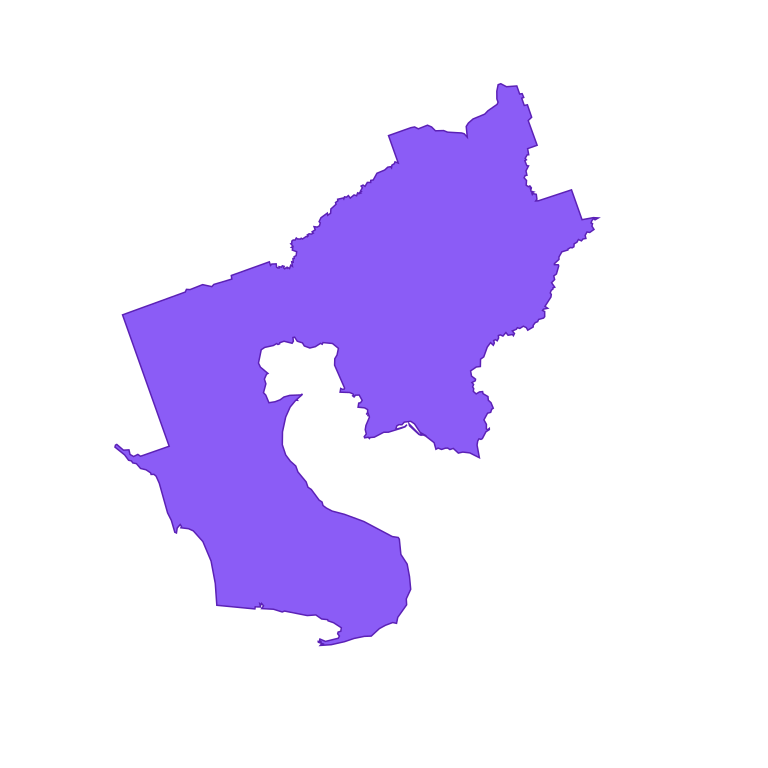 the district of Greater Geelong, Victoria, Australia, rotated 62°
{"feature_id": "25037944B24812283687541", "entity_name": "Greater Geelong", "entity_type": "district", "adm_level": 2, "iso_a3": "AUS", "parent_name": "Australia", "parent_adm1": "Victoria", "projection": "orthographic", "projection_center": [144.481, -38.052], "detail": "fine", "context": "isolated", "style": "filled", "palette": "violet", "viewbox_px": 768, "rotation_deg": 62, "n_neighbors": 0, "source": "geoboundaries", "source_scale": "gbopen_adm2", "svg_char_len": 6170}
<svg xmlns="http://www.w3.org/2000/svg" viewBox="0 0 768 768"><g transform="rotate(62 384 384)"><path d="M219.9,469.1L216.2,487.5L217.2,490.3L211.1,497.5L209.6,510.9L207.7,514.0L209.5,516.3L200.2,582.4L338.1,602.9L333.5,632.9L330.6,634.4L330.5,639.1L327.0,641.3L322.4,640.1L320.1,645.1L311.9,648.3L311.9,649.8L313.4,651.2L324.8,646.3L331.4,645.3L333.4,643.1L335.7,642.9L338.1,640.0L344.3,638.6L348.0,634.4L352.8,631.8L354.5,632.1L355.8,629.5L358.4,628.5L366.1,629.0L396.2,635.6L404.6,635.8L416.7,638.3L418.1,637.2L414.1,634.2L412.4,629.9L414.8,629.7L415.6,630.8L420.0,624.5L424.2,621.3L438.1,617.9L459.1,619.8L480.9,626.6L500.9,635.5L522.0,603.6L520.3,602.3L522.9,597.7L519.7,596.8L521.1,596.2L520.3,595.1L523.3,594.5L524.9,597.4L531.0,587.3L537.5,580.9L537.8,578.4L552.4,560.5L555.9,552.6L562.2,549.4L565.6,544.4L566.8,544.6L571.1,540.6L579.2,536.1L582.0,538.2L581.5,541.0L582.8,542.2L585.6,541.7L587.0,543.8L583.8,556.5L579.1,560.3L580.2,561.4L582.8,560.4L580.5,563.0L581.2,563.2L585.7,559.0L584.3,561.4L584.9,563.0L589.4,553.0L593.0,539.8L594.6,529.9L597.6,519.8L600.6,513.6L597.8,502.9L597.7,496.1L598.7,488.3L601.2,485.3L596.5,481.4L589.6,467.7L584.2,465.2L577.8,456.8L566.0,451.9L553.9,448.1L542.4,449.1L528.2,443.3L526.2,443.5L522.6,448.3L496.0,466.3L480.5,480.1L471.8,489.5L466.5,493.1L462.7,494.9L459.1,494.1L456.0,495.8L443.1,497.7L439.4,499.6L433.9,498.7L421.2,501.3L415.0,500.4L408.2,502.9L400.5,504.1L389.9,502.3L378.6,496.1L367.0,486.3L360.3,477.7L356.9,469.5L357.8,468.0L356.6,468.0L355.1,461.7L354.4,460.7L354.7,462.4L349.8,472.5L348.5,478.5L349.2,483.1L348.5,488.6L346.5,494.4L338.3,493.6L335.1,494.5L328.4,488.2L323.5,487.3L320.2,483.1L320.2,481.5L311.1,485.2L306.6,485.0L296.1,476.3L295.7,472.1L298.1,463.5L297.9,459.8L299.3,459.1L299.5,457.3L298.6,456.6L299.3,452.2L304.9,446.0L303.7,443.9L300.2,442.6L300.7,440.9L305.5,440.5L309.4,436.7L313.0,436.5L317.4,432.6L318.8,427.1L318.3,421.0L319.9,419.9L318.8,418.4L324.0,410.5L331.1,407.5L336.3,411.8L338.6,415.6L344.2,418.8L369.1,420.7L369.8,421.4L369.3,423.1L367.6,424.3L370.6,426.6L375.4,418.3L378.1,416.1L379.4,416.0L379.7,417.2L381.4,416.5L380.5,414.4L382.1,411.1L388.2,411.0L389.5,413.5L389.0,415.3L392.3,417.8L395.9,412.4L398.9,410.5L401.4,411.8L402.5,413.9L402.5,411.8L404.1,412.1L404.3,413.6L404.6,412.1L406.4,412.4L412.1,419.4L415.5,422.0L419.8,423.1L421.2,426.2L422.5,426.3L423.6,423.0L425.3,422.4L424.7,421.5L426.4,417.5L426.5,406.8L428.6,402.8L431.2,389.2L431.7,385.4L430.7,382.8L431.4,385.7L429.8,393.8L428.9,394.3L427.0,392.4L426.9,389.9L428.4,387.3L427.2,384.0L429.5,377.9L433.5,375.8L445.6,374.6L444.8,374.1L449.8,370.9L447.5,372.9L445.5,376.3L431.0,380.6L432.9,381.1L445.0,376.8L446.4,375.6L447.5,373.2L449.4,371.7L459.3,367.3L466.0,368.8L466.0,366.3L468.8,363.9L469.5,359.9L470.5,357.8L472.8,356.6L473.4,353.1L479.9,350.8L481.1,346.4L485.1,340.6L493.9,334.4L481.6,330.5L478.3,328.0L477.0,325.8L478.4,324.4L478.4,322.8L474.1,316.5L473.7,312.4L472.7,311.9L473.1,313.9L471.7,314.7L467.7,312.5L462.6,312.6L458.4,306.3L459.1,303.1L456.9,300.8L456.7,298.9L450.7,298.3L447.3,299.5L443.9,298.1L439.0,301.1L437.0,300.5L435.8,303.4L436.0,307.3L432.4,308.6L430.1,306.9L428.2,307.2L426.5,305.1L424.0,305.7L424.0,301.9L422.7,300.9L418.1,303.0L413.1,301.4L412.3,294.5L413.8,290.7L407.4,287.1L406.9,283.2L399.9,275.5L397.5,270.5L401.1,269.3L399.6,267.3L397.1,266.8L397.2,264.7L399.0,263.8L397.2,261.2L394.9,260.3L395.2,258.3L397.5,256.5L395.8,252.2L399.2,251.6L400.6,247.3L402.1,247.1L400.7,245.1L397.4,245.8L397.8,241.5L396.9,239.8L398.7,238.0L398.4,233.8L401.0,231.9L404.0,231.8L403.7,225.5L402.2,224.7L400.8,221.6L401.1,219.1L399.6,217.2L400.7,212.2L400.0,210.5L395.4,208.1L393.5,209.5L392.8,208.1L394.0,203.9L391.0,205.4L385.6,195.8L383.4,194.2L381.7,194.5L379.8,192.4L379.5,190.3L378.4,189.6L378.7,187.8L373.2,188.5L371.9,184.3L368.3,183.4L367.8,180.1L361.8,174.3L360.6,174.1L358.6,177.5L357.7,177.0L356.2,171.1L354.0,169.9L350.8,164.9L352.0,158.7L351.2,158.1L351.1,155.1L352.1,154.0L352.0,151.9L349.5,150.3L349.4,147.1L347.7,144.5L350.3,142.5L349.4,140.1L350.3,137.4L347.2,136.6L345.1,133.4L346.8,131.2L346.1,126.0L342.3,126.3L340.3,124.6L339.0,125.6L337.3,123.7L336.4,121.2L338.1,120.6L338.0,116.8L335.4,121.0L331.9,132.0L300.6,127.3L294.7,161.7L293.6,164.1L292.6,162.2L288.0,160.5L286.0,162.9L286.4,164.1L284.6,163.8L284.7,161.7L282.7,163.7L280.0,162.9L280.7,162.4L280.0,161.8L277.6,162.2L277.6,163.9L275.2,165.1L271.2,162.6L267.7,163.5L266.2,161.4L266.8,159.8L262.5,158.6L259.3,154.0L258.2,155.4L252.9,154.8L252.9,153.0L251.0,153.4L248.9,150.0L249.5,148.6L243.6,146.7L245.1,136.7L219.1,133.0L217.8,128.4L204.8,126.3L203.9,129.4L196.3,128.2L196.6,126.1L192.5,125.7L191.6,128.1L183.2,126.8L179.0,136.3L173.7,139.9L173.3,142.7L178.4,146.9L185.3,150.5L188.7,151.0L190.2,152.8L191.5,163.8L193.0,168.4L191.8,181.0L193.2,187.0L195.2,190.5L205.2,194.6L200.7,195.7L198.8,197.6L191.5,209.6L188.2,212.4L184.6,219.7L179.4,221.3L175.9,224.1L174.8,233.9L171.4,236.3L170.3,239.9L166.8,263.4L195.6,267.7L193.0,270.0L194.3,271.4L194.5,274.3L196.7,275.9L195.2,276.2L194.3,278.9L195.4,283.0L194.6,291.3L198.8,297.7L198.0,300.1L199.8,301.1L198.2,304.1L200.6,308.0L198.5,309.1L198.5,311.3L200.6,311.0L202.6,314.2L203.4,313.7L203.5,315.6L204.5,315.0L204.2,316.9L202.9,317.6L204.9,319.8L203.0,321.7L204.0,326.5L200.9,327.0L201.4,329.4L200.2,331.0L201.7,332.6L200.6,332.7L199.1,338.2L200.6,338.7L201.0,341.6L202.8,342.0L204.5,348.7L208.2,351.0L208.6,354.5L206.5,353.8L207.6,361.6L210.2,365.1L211.8,364.6L214.0,366.7L214.1,369.3L212.2,371.9L215.5,372.3L215.9,376.1L217.6,375.6L217.6,377.6L216.2,379.7L216.4,381.7L217.6,381.4L218.0,382.6L217.2,383.4L217.7,387.9L216.4,388.7L216.8,389.7L215.3,392.3L213.9,392.9L215.2,395.0L214.2,396.6L214.5,398.2L216.7,399.6L216.5,400.4L219.6,399.7L219.9,401.6L220.9,400.6L222.7,402.1L226.2,399.0L229.4,401.3L229.4,403.6L231.0,404.3L230.5,405.5L233.8,407.0L232.8,408.1L237.1,409.6L235.3,410.5L237.7,413.2L235.5,414.6L236.3,415.2L235.4,415.9L235.7,417.6L234.2,418.1L233.3,416.9L231.9,418.3L232.7,419.6L231.1,421.6L232.3,422.0L231.8,423.2L230.4,424.0L227.3,422.8L225.4,426.8L226.0,428.5L222.3,427.9L216.5,467.9L219.9,469.1Z" fill="#8b5cf6" stroke="#5b21b6" stroke-width="1.5"/></g></svg>